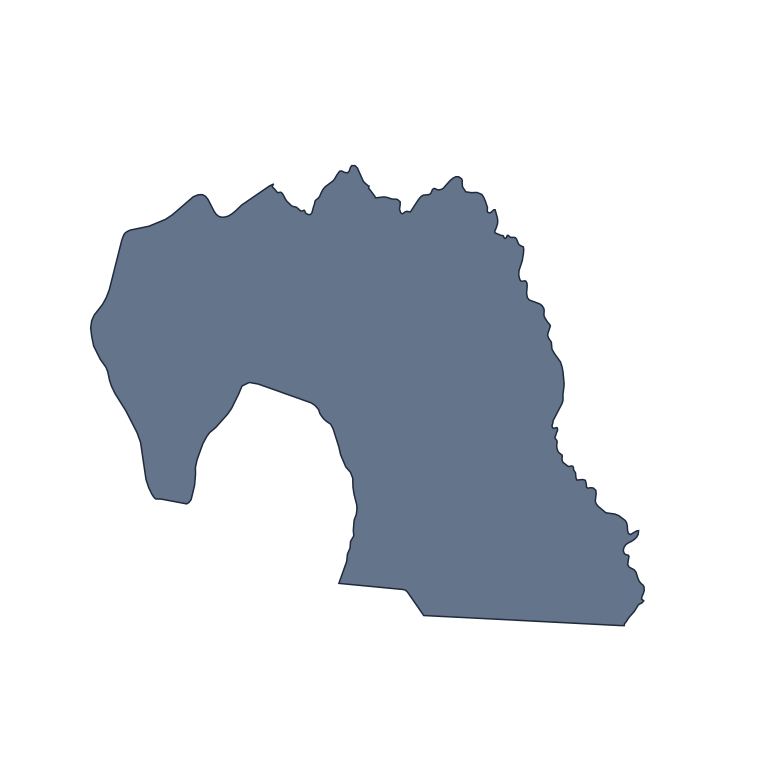 Western Equatoria, Equal Earth projection, rotated 192°
{"feature_id": "SDS-864", "entity_name": "Western Equatoria", "entity_type": "State", "adm_level": 1, "iso_a3": "SSD", "parent_name": "South Sudan", "parent_adm1": "", "projection": "equal_earth", "projection_center": [28.334, 5.546], "detail": "fine", "context": "isolated", "style": "filled", "palette": "slate", "viewbox_px": 768, "rotation_deg": 192, "n_neighbors": 0, "source": "natural_earth", "source_scale": "10m", "svg_char_len": 4639}
<svg xmlns="http://www.w3.org/2000/svg" viewBox="0 0 768 768"><g transform="rotate(192 384 384)"><path d="M109.7,267.4L108.5,266.4L108.4,262.2L108.0,257.8L106.0,255.8L100.7,254.3L98.3,252.3L95.3,246.8L93.2,244.0L90.7,242.1L88.8,241.1L87.4,239.5L86.5,235.9L86.8,232.8L87.5,229.6L87.3,227.1L84.9,226.0L85.8,224.0L87.0,222.8L88.3,221.9L89.4,220.6L91.8,213.7L95.9,206.5L97.9,201.3L98.9,199.6L98.8,197.6L102.3,196.9L297.0,165.8L317.6,185.2L318.8,186.1L320.5,186.8L322.1,187.0L386.7,179.6L383.6,202.7L384.4,210.2L383.1,216.3L384.0,223.2L382.0,229.1L383.6,234.5L384.9,244.5L384.0,250.6L384.4,255.9L385.5,260.0L390.5,270.2L392.9,276.6L395.0,285.4L398.4,290.6L404.1,294.9L411.7,305.7L415.1,313.1L424.4,329.5L427.8,333.6L432.1,335.3L435.7,337.3L438.3,339.5L440.6,341.8L442.6,345.3L447.0,348.7L451.4,350.4L507.2,357.8L516.1,357.5L522.5,352.5L524.0,344.3L528.0,328.5L530.7,322.0L539.6,306.4L544.4,300.3L546.5,295.7L548.8,287.8L551.1,271.0L551.1,263.2L549.6,256.6L548.2,245.6L548.6,230.8L550.2,227.5L552.1,225.7L577.9,225.1L583.5,224.1L585.7,225.5L588.2,228.0L592.6,233.7L596.9,241.0L610.0,276.3L615.6,285.3L631.0,304.2L645.1,318.7L650.1,325.2L653.2,330.5L656.7,338.4L659.3,342.4L666.7,349.2L675.9,360.8L679.7,369.5L682.6,377.9L683.1,385.2L681.7,391.4L675.8,403.5L673.6,410.9L672.3,419.3L670.4,470.1L669.9,473.6L669.5,475.8L668.8,477.6L667.2,479.5L664.4,481.7L646.7,489.5L632.1,499.5L626.3,505.4L609.5,527.5L605.0,530.5L600.9,531.5L597.6,530.5L594.4,527.8L586.1,517.6L583.3,515.0L580.4,513.6L577.2,513.4L574.5,514.2L571.2,515.9L568.3,518.6L565.2,522.4L560.4,529.5L537.0,554.1L533.4,556.8L534.0,555.8L534.4,553.9L532.9,552.7L531.6,552.0L528.7,549.6L527.8,549.1L525.0,550.1L524.0,549.9L522.2,548.4L518.5,544.0L517.0,542.6L511.7,539.2L510.2,538.8L506.3,538.7L502.5,536.5L501.0,535.9L500.2,536.1L498.3,537.4L497.6,536.9L496.3,535.1L495.8,534.6L493.1,534.0L491.2,534.4L490.1,536.6L489.8,542.6L489.4,545.6L489.5,547.3L489.3,549.2L486.9,552.2L486.0,554.0L485.2,558.0L484.2,561.5L482.6,564.6L476.0,572.2L474.8,574.7L473.5,578.8L471.6,583.0L469.5,583.6L466.9,582.8L463.8,582.9L462.3,584.9L462.0,588.2L461.0,590.9L457.8,591.6L454.9,589.7L446.8,578.6L445.4,577.2L440.3,574.3L439.9,574.5L439.6,572.0L438.2,571.2L432.0,565.7L431.0,564.3L423.3,566.9L420.5,567.2L414.4,566.6L410.5,567.3L409.2,567.3L406.0,565.5L405.4,562.2L405.2,558.3L403.3,555.0L401.6,554.3L400.5,555.1L399.4,556.5L397.6,557.7L395.0,557.7L393.9,558.0L388.6,571.7L386.7,575.2L384.8,576.9L379.5,578.6L378.0,579.9L377.5,581.8L377.2,583.7L376.3,585.3L375.1,585.8L373.9,585.6L372.7,585.2L371.4,585.1L368.6,586.1L366.7,587.8L361.8,596.5L359.5,599.5L356.8,601.7L353.9,602.2L350.8,600.9L349.7,599.3L349.3,596.8L348.2,593.2L343.9,589.0L338.5,589.3L332.9,590.7L327.8,589.8L325.4,587.5L323.1,584.3L319.5,578.2L319.0,574.9L318.2,573.5L316.1,573.3L314.9,574.3L312.8,577.3L311.5,577.5L307.6,570.0L307.0,568.3L306.6,567.0L306.4,565.6L306.3,563.7L306.7,559.8L307.4,556.8L307.0,555.0L300.4,553.7L299.0,553.9L298.1,553.7L296.8,551.8L296.2,551.5L295.0,552.3L294.5,552.9L294.7,553.1L294.6,553.5L294.5,554.4L294.2,555.1L293.4,555.2L291.3,554.0L290.6,553.8L286.9,554.5L285.9,554.4L284.5,553.3L282.2,549.9L280.9,548.4L279.9,548.0L276.7,547.1L276.2,547.1L275.2,544.3L274.7,540.2L274.4,533.1L275.5,523.1L275.0,519.4L274.5,517.8L273.6,515.8L272.6,514.1L271.4,513.2L270.2,513.2L267.8,514.2L266.8,514.2L265.1,512.4L264.3,509.5L263.4,502.4L261.7,498.3L259.4,496.4L248.2,494.7L245.6,493.5L243.3,491.0L242.6,489.2L242.1,485.6L241.6,483.9L240.5,482.3L236.5,478.2L235.6,477.7L234.8,477.0L234.0,476.3L233.3,475.4L234.2,467.7L234.0,465.5L232.7,463.3L229.0,459.7L226.9,452.9L223.4,449.0L216.1,442.4L213.5,438.0L211.4,433.0L208.0,422.1L207.5,419.5L206.8,411.1L205.8,406.7L205.5,404.6L205.8,401.9L211.0,383.1L210.7,381.5L211.0,378.4L210.5,377.0L209.3,375.9L208.3,376.0L207.6,376.5L207.2,376.7L206.7,376.9L206.1,377.3L205.4,377.1L204.7,375.5L204.6,374.3L205.2,371.8L205.4,368.8L205.7,367.7L205.6,366.8L203.4,364.8L202.8,364.0L202.5,363.0L202.5,361.5L202.1,358.8L201.0,356.1L199.5,353.9L197.7,352.7L195.1,351.6L194.5,350.3L194.5,348.5L193.5,345.6L192.4,344.5L187.0,341.8L185.9,341.8L183.6,342.8L182.4,342.8L181.5,342.0L180.6,339.4L178.2,336.9L176.7,332.1L175.4,330.1L169.8,331.9L167.1,331.7L165.5,328.7L164.3,324.9L162.8,324.5L160.6,325.5L157.7,325.8L154.7,324.0L153.7,321.0L153.0,313.3L151.6,311.0L149.3,309.0L140.2,304.2L131.2,304.8L127.1,304.1L119.6,300.6L117.7,298.5L116.4,295.4L115.4,291.7L114.0,288.8L111.7,287.9L106.5,292.7L104.5,293.5L104.1,289.8L105.1,286.5L107.2,283.6L109.7,281.1L112.0,279.4L114.1,277.1L115.3,273.9L115.3,270.7L113.6,268.0L111.5,267.3L109.7,267.4Z" fill="#64748b" stroke="#1e293b" stroke-width="1.5"/></g></svg>